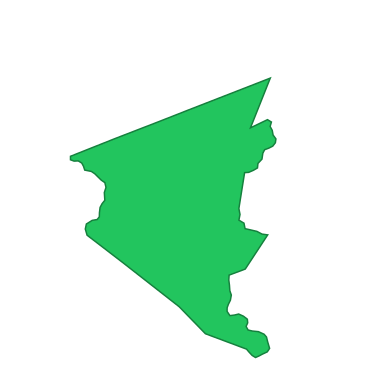 the district of General Sampaio, Ceará, Brazil, rotated 290°
{"feature_id": "56859067B86907470602863", "entity_name": "General Sampaio", "entity_type": "district", "adm_level": 2, "iso_a3": "BRA", "parent_name": "Brazil", "parent_adm1": "Ceará", "projection": "robinson", "projection_center": [-39.467, -4.064], "detail": "fine", "context": "isolated", "style": "filled", "palette": "green", "viewbox_px": 384, "rotation_deg": 290, "n_neighbors": 0, "source": "geoboundaries", "source_scale": "gbopen_adm2", "svg_char_len": 1239}
<svg xmlns="http://www.w3.org/2000/svg" viewBox="0 0 384 384"><g transform="rotate(290 192 192)"><path d="M137.0,113.4L133.7,112.3L131.2,107.9L125.8,103.7L120.7,104.4L115.5,108.2L114.0,113.0L102.3,150.1L79.8,219.2L63.4,253.1L63.0,297.0L61.2,300.1L59.0,304.4L58.2,308.3L60.9,311.1L63.6,313.5L67.5,317.4L71.6,318.4L77.0,314.4L81.2,311.6L83.0,308.4L83.5,302.2L82.0,296.3L81.5,291.9L84.2,288.8L88.1,289.1L91.4,287.5L92.9,282.8L93.3,277.6L90.9,274.0L88.8,269.9L91.8,265.8L95.3,264.6L99.0,264.6L103.4,265.1L108.6,264.2L112.2,261.3L117.4,259.0L121.8,256.7L126.6,255.3L137.8,268.4L177.6,277.8L176.4,272.2L177.2,266.5L176.3,259.0L175.7,254.4L180.5,251.5L181.6,245.7L187.3,244.8L192.5,241.7L228.2,234.8L229.8,238.5L233.4,242.3L237.0,245.3L241.4,244.2L246.8,246.5L252.7,245.3L256.6,245.8L259.5,249.2L262.7,252.2L266.8,253.5L270.6,252.7L273.3,248.7L277.4,246.3L280.3,243.0L284.9,242.7L285.8,238.2L272.3,225.0L325.8,226.6L267.6,160.3L247.0,137.0L215.8,101.3L184.0,65.6L180.7,66.8L180.7,70.6L182.3,74.5L181.5,78.5L179.0,81.3L175.9,83.7L176.9,90.4L175.9,94.4L174.1,98.3L172.1,102.7L171.0,106.9L166.9,109.6L161.5,109.8L157.6,111.5L154.4,112.9L150.3,111.5L146.1,110.9L140.9,112.1L137.0,113.4Z" fill="#22c55e" stroke="#15803d" stroke-width="1.5"/></g></svg>